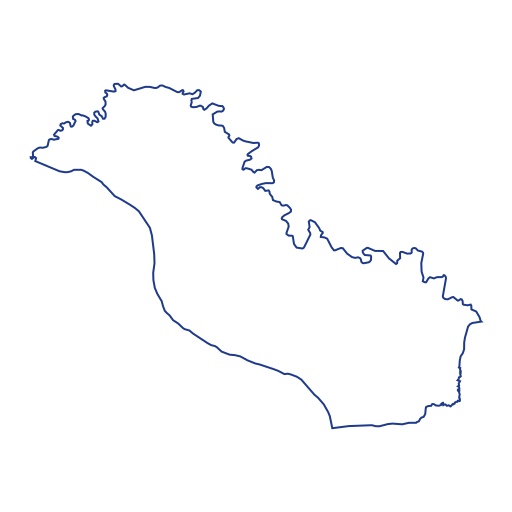 the district of Nong Na Kham, Khon Kaen, Thailand
{"feature_id": "78962969B54012072717809", "entity_name": "Nong Na Kham", "entity_type": "district", "adm_level": 2, "iso_a3": "THA", "parent_name": "Thailand", "parent_adm1": "Khon Kaen", "projection": "orthographic", "projection_center": [102.317, 16.814], "detail": "fine", "context": "isolated", "style": "outline", "palette": "blue", "viewbox_px": 512, "rotation_deg": 0, "n_neighbors": 0, "source": "geoboundaries", "source_scale": "gbopen_adm2", "svg_char_len": 5995}
<svg xmlns="http://www.w3.org/2000/svg" viewBox="0 0 512 512"><path d="M423.2,253.6L422.9,252.5L422.0,251.6L417.8,250.5L416.0,248.5L414.8,248.0L413.1,248.2L411.9,249.2L411.6,250.0L411.7,252.6L410.6,253.5L407.1,253.6L402.5,251.9L400.6,252.0L400.0,252.9L400.1,258.3L397.3,260.6L397.1,263.3L396.0,264.0L388.9,258.3L383.1,251.0L375.0,250.9L368.0,247.9L366.8,247.9L362.7,250.7L362.7,252.1L363.7,253.9L364.8,255.0L370.6,255.5L371.1,256.5L371.0,259.9L370.0,261.4L368.7,262.3L364.2,263.2L362.7,263.1L361.4,261.9L360.8,259.2L360.1,258.2L358.1,257.3L355.2,257.9L352.0,257.1L347.1,253.6L342.8,248.2L340.9,248.0L335.1,250.3L333.9,250.3L331.6,247.3L327.2,238.7L324.4,237.4L320.8,237.0L321.0,235.3L322.8,232.9L322.6,232.0L320.3,230.7L319.1,228.0L314.9,222.2L310.6,220.1L309.7,220.5L308.8,221.6L309.6,227.1L308.2,229.8L310.1,232.8L310.4,234.5L304.4,246.7L303.5,248.0L302.4,248.5L296.6,247.6L294.0,244.0L292.8,236.2L291.7,235.7L288.6,235.6L286.5,234.0L286.5,232.8L288.7,226.6L288.2,223.6L286.0,220.9L282.1,219.3L281.7,218.6L282.2,217.2L284.3,215.4L288.8,213.1L290.9,211.6L291.1,209.8L289.9,207.9L287.4,205.4L286.0,205.0L283.7,205.6L282.1,205.5L281.4,205.0L279.7,202.1L276.3,201.5L273.0,200.1L272.2,196.8L269.8,193.9L269.4,191.4L268.6,190.4L265.3,190.9L263.2,188.1L261.6,187.2L259.9,187.2L257.9,188.9L256.4,187.4L256.5,186.4L257.6,185.4L262.0,183.9L265.9,183.1L272.4,183.2L273.9,182.4L274.1,180.4L272.8,177.6L271.8,171.2L270.9,168.9L269.2,167.1L266.8,166.9L261.4,170.2L258.8,169.8L256.9,170.2L254.5,172.6L253.4,172.0L251.5,169.7L247.3,168.4L245.5,168.2L243.6,169.7L242.5,169.3L242.5,167.9L244.6,161.7L246.2,160.6L250.0,159.7L251.5,158.5L251.0,156.6L250.2,156.1L247.8,155.7L247.5,155.0L247.7,154.2L251.7,151.2L258.2,147.3L259.1,145.2L258.8,143.2L257.8,142.7L253.4,143.0L245.2,141.3L242.9,140.5L238.8,138.2L236.6,139.0L234.1,142.6L232.9,142.6L232.1,142.0L228.5,137.8L228.5,136.9L229.4,135.7L229.1,134.5L224.8,131.8L224.2,128.2L223.0,126.1L221.9,125.6L218.4,125.4L215.8,124.5L214.3,123.5L213.3,121.9L212.7,114.4L217.1,111.7L219.2,111.4L221.5,111.6L223.0,110.8L224.0,108.9L223.3,107.1L222.4,106.1L218.9,105.9L212.3,103.4L208.9,105.7L206.5,108.4L204.4,109.8L203.5,109.3L202.8,106.9L200.6,105.7L199.8,105.7L196.6,106.9L194.0,107.2L192.3,107.1L191.1,106.6L190.7,105.6L191.7,102.3L191.4,100.2L191.8,98.9L198.1,98.0L200.0,95.6L200.8,91.5L199.0,90.1L197.3,90.2L194.9,92.7L192.5,94.2L189.6,93.3L184.0,94.5L182.6,93.8L182.6,93.1L183.6,91.4L182.9,90.1L182.3,90.1L179.2,92.1L177.3,92.1L169.3,88.0L165.4,86.9L162.6,85.5L160.3,85.5L157.6,87.5L155.9,88.0L154.2,87.9L149.9,86.9L145.1,86.9L133.9,90.3L128.1,87.8L124.6,84.6L123.8,84.7L122.5,86.1L121.2,86.5L118.1,83.8L114.9,83.9L114.0,84.5L113.7,85.8L115.5,89.5L115.5,91.2L113.8,91.6L106.0,90.3L105.2,90.7L105.3,92.4L106.9,93.7L107.3,95.0L106.7,96.4L104.5,97.2L103.7,98.0L103.8,98.9L105.5,101.6L105.6,104.4L104.9,105.9L102.6,108.2L102.8,109.1L105.1,111.8L105.7,113.7L105.6,116.9L104.5,118.7L103.1,118.8L101.5,116.0L99.4,114.7L98.2,111.6L97.4,111.3L95.3,111.7L94.2,112.8L94.3,114.5L94.9,115.7L97.6,118.5L98.5,121.5L97.2,122.2L94.3,120.7L92.8,120.8L92.3,121.7L92.3,124.4L91.0,125.7L88.2,123.9L87.6,122.9L87.5,120.9L88.4,120.8L89.0,119.7L88.6,118.3L85.5,116.4L82.5,115.3L81.6,115.5L78.6,114.0L75.6,114.2L73.4,115.8L72.8,116.8L73.2,119.0L74.9,119.7L75.6,121.0L73.3,125.7L71.8,126.7L71.1,126.7L70.6,126.0L69.9,122.9L68.3,121.8L66.1,122.2L64.1,123.5L62.3,123.3L60.7,124.1L60.3,125.5L63.0,128.0L62.9,129.5L62.1,130.3L60.5,130.8L58.6,129.9L57.9,130.1L54.0,134.7L54.6,136.0L56.8,136.4L58.3,137.3L58.7,137.9L58.4,138.8L53.9,139.7L51.6,139.0L49.6,139.4L48.9,140.1L47.6,145.8L47.0,146.5L45.5,147.2L42.4,147.8L40.0,147.5L37.7,148.3L33.2,151.6L32.8,152.7L33.1,156.3L32.2,157.3L30.7,157.2L30.8,158.1L31.9,158.9L34.4,157.0L35.0,157.1L36.1,158.1L35.3,161.1L59.6,171.3L65.0,172.2L67.0,172.2L70.9,171.4L74.0,169.8L81.2,169.8L83.5,170.6L87.8,172.9L93.5,177.0L101.6,182.1L103.4,184.5L106.8,187.4L114.7,196.1L121.3,199.5L129.6,204.5L134.8,207.9L138.9,211.3L149.9,227.8L151.9,235.3L154.2,254.1L154.5,263.4L153.2,272.8L153.4,280.1L154.8,287.8L157.2,293.6L161.7,301.2L163.0,306.1L164.8,310.8L166.5,312.7L169.6,315.4L173.1,320.2L178.2,323.5L182.9,328.0L184.6,329.1L189.4,330.5L193.1,333.6L207.2,342.9L211.1,345.1L215.0,346.1L216.8,347.2L221.6,351.6L229.7,354.7L234.7,355.1L240.3,356.4L247.4,360.3L255.4,363.5L259.7,364.5L273.8,369.2L278.3,370.9L284.4,374.1L287.9,373.7L290.7,374.4L296.8,376.7L301.3,379.6L314.5,394.8L318.1,397.8L323.8,404.4L328.1,412.0L329.8,416.1L332.3,428.2L348.7,426.1L371.8,425.2L375.8,426.2L379.3,426.3L387.8,424.1L392.4,423.6L402.2,424.3L409.0,422.8L416.1,422.8L416.6,422.2L418.9,421.3L420.1,418.9L421.4,417.6L423.6,416.9L425.2,414.1L425.8,408.0L426.2,406.9L428.5,406.0L431.2,405.8L432.1,404.2L432.8,404.0L434.0,404.2L435.9,405.5L439.1,405.7L441.5,404.8L441.3,403.8L442.7,402.8L443.0,402.8L443.4,405.1L444.6,404.4L445.5,404.5L446.9,405.8L448.8,405.3L450.4,406.4L451.1,406.0L452.7,404.1L453.5,404.3L453.8,403.7L454.6,403.6L455.0,402.5L456.2,401.8L457.4,401.8L457.8,400.7L458.7,400.6L459.3,401.1L459.9,400.8L459.8,398.5L459.1,397.8L459.7,394.4L459.1,392.4L459.3,390.9L458.3,391.0L457.8,390.1L457.9,389.6L459.4,388.8L459.1,387.1L457.9,386.3L459.1,385.4L458.7,383.6L460.0,381.2L457.6,380.3L458.8,378.8L458.9,377.4L460.3,376.8L460.8,376.2L460.3,374.8L460.6,373.7L460.2,373.3L460.6,372.6L460.1,372.0L460.2,371.2L460.7,371.0L459.9,369.0L460.2,368.0L458.9,367.5L459.4,366.3L459.8,360.3L460.7,356.2L462.8,353.2L464.1,349.3L464.2,342.4L465.0,337.5L468.1,326.5L470.1,324.2L472.3,323.0L481.3,321.6L480.7,321.1L479.5,317.1L476.2,311.5L471.4,309.4L471.3,305.6L470.7,304.6L467.7,305.3L463.6,304.7L462.8,304.0L462.6,301.0L461.7,299.4L460.5,299.1L458.7,300.5L457.6,300.5L453.3,297.0L451.9,297.3L447.9,299.3L445.2,299.1L443.3,297.8L442.8,296.4L446.0,278.4L445.7,276.8L444.5,275.3L443.6,275.2L442.9,276.5L441.9,277.1L437.2,277.1L433.9,278.4L430.0,277.2L428.5,278.3L426.1,282.3L424.7,282.2L422.8,281.3L423.5,277.6L421.6,271.6L421.3,263.1L423.2,253.6Z" fill="none" stroke="#1e3a8a" stroke-width="2"/></svg>